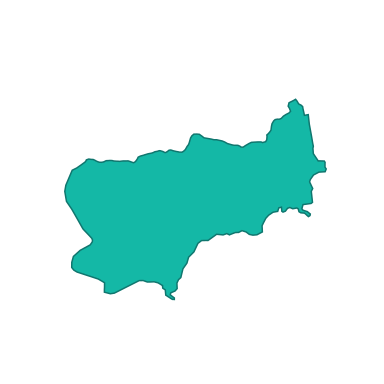 outline of Lattakia, Lattakia, Syria, rotated 225°
{"feature_id": "27442178B94813764709421", "entity_name": "Lattakia", "entity_type": "district", "adm_level": 2, "iso_a3": "SYR", "parent_name": "Syria", "parent_adm1": "Lattakia", "projection": "orthographic", "projection_center": [35.92, 35.7], "detail": "fine", "context": "isolated", "style": "filled", "palette": "teal", "viewbox_px": 384, "rotation_deg": 225, "n_neighbors": 0, "source": "geoboundaries", "source_scale": "gbopen_adm2", "svg_char_len": 4464}
<svg xmlns="http://www.w3.org/2000/svg" viewBox="0 0 384 384"><g transform="rotate(225 192 192)"><path d="M292.1,122.7L286.0,107.6L283.4,103.9L282.4,102.5L276.8,98.5L274.1,96.6L264.7,94.8L254.1,91.9L243.0,88.8L242.8,88.8L242.7,88.8L240.7,88.7L239.7,88.7L235.8,88.6L235.3,88.6L230.2,88.4L228.7,87.8L228.4,87.7L228.1,87.3L227.6,86.7L227.2,86.2L226.8,83.7L226.7,83.4L226.6,82.6L229.8,71.8L230.3,62.6L228.2,58.9L227.3,57.3L227.2,57.2L223.7,53.6L223.0,53.5L222.3,53.4L221.6,53.3L220.9,53.3L220.3,53.2L219.9,53.3L219.1,53.5L218.7,53.6L216.7,54.1L206.6,59.2L204.3,60.4L202.7,61.2L196.7,64.2L194.8,64.7L194.3,64.8L193.3,65.1L189.7,66.0L186.6,62.9L185.0,61.1L184.7,60.8L184.6,60.7L183.1,59.2L181.1,60.4L177.8,62.3L175.4,65.6L174.3,68.9L171.2,78.4L169.6,83.2L166.7,92.0L163.9,94.9L161.1,96.2L160.5,96.5L159.9,96.8L157.5,99.3L155.3,101.7L151.7,103.8L147.5,104.8L146.7,105.0L146.6,104.8L144.6,103.3L141.7,103.9L137.6,100.5L132.5,101.6L131.0,101.9L130.9,102.0L130.3,102.1L129.9,102.2L129.5,102.6L129.1,103.0L128.5,103.5L129.6,104.6L134.0,104.0L134.3,103.9L134.7,103.9L135.7,105.7L134.4,109.0L134.0,109.9L134.1,111.9L134.2,113.2L137.8,116.5L138.3,117.0L139.6,120.6L139.5,121.3L139.4,123.6L142.3,128.3L144.1,131.3L145.3,138.1L148.3,143.5L148.3,147.9L148.3,151.0L151.5,159.9L150.9,164.4L149.7,165.7L146.7,168.8L146.5,169.1L146.4,169.1L146.1,170.7L144.7,179.5L140.5,183.0L139.7,183.6L139.3,184.4L138.0,187.2L135.2,188.2L135.2,188.3L134.3,190.4L133.6,192.0L133.0,193.3L132.6,194.1L130.5,196.3L130.2,197.2L129.3,200.0L125.5,202.0L122.6,202.4L121.9,202.5L121.6,202.5L118.5,204.5L117.7,205.4L115.8,207.7L115.1,210.0L114.0,213.5L116.5,215.8L118.6,217.7L119.6,220.5L121.2,225.5L121.4,229.8L120.4,235.0L119.3,236.6L117.9,238.6L117.8,238.8L117.7,238.9L119.4,242.2L118.0,244.5L114.9,241.9L114.6,242.0L114.0,242.0L113.5,242.1L113.4,242.2L113.2,242.6L112.8,243.6L112.4,244.5L112.5,245.1L112.9,248.0L111.9,250.2L110.2,250.9L108.9,251.4L106.8,254.5L106.6,254.8L105.7,255.0L104.9,255.2L103.8,254.5L102.4,253.7L100.4,254.2L99.2,255.2L97.5,256.6L95.3,256.8L94.1,256.8L93.1,256.9L92.3,256.9L92.0,258.1L91.9,258.8L92.8,260.1L94.0,259.9L94.7,259.9L96.9,259.6L97.3,259.3L100.7,257.6L101.4,257.7L102.5,257.9L104.6,261.6L99.7,268.1L99.5,269.9L108.1,276.8L108.9,279.2L109.1,279.8L116.0,282.3L117.0,284.2L117.1,284.4L117.3,285.3L118.1,290.0L116.3,295.8L112.7,299.9L112.2,300.4L112.2,300.5L113.4,303.2L115.5,303.6L118.0,306.1L118.9,307.1L120.4,307.4L123.7,304.3L124.3,303.7L124.8,303.2L126.7,303.6L133.3,304.9L137.4,308.4L138.5,310.1L140.8,311.6L147.0,316.0L157.0,322.9L164.5,328.9L165.4,327.6L166.2,326.4L166.7,325.7L169.5,327.5L172.3,329.3L172.5,329.4L174.1,330.6L175.1,330.6L176.1,330.6L176.3,330.5L178.9,329.7L181.8,330.5L184.3,330.8L184.9,328.5L185.4,327.0L185.5,326.6L185.8,325.9L186.5,323.7L184.7,320.7L182.3,320.1L179.4,318.8L179.3,316.4L180.3,313.4L181.0,310.2L180.9,307.2L181.7,305.2L183.2,303.8L184.4,302.0L184.5,300.0L183.7,296.9L182.3,294.7L179.9,291.6L179.5,289.8L179.3,287.2L179.4,285.2L178.7,284.7L178.2,284.3L176.1,281.8L175.5,279.6L176.1,278.6L176.6,277.7L177.0,276.9L178.6,276.2L180.7,274.1L183.2,271.3L185.1,269.1L186.0,266.5L187.1,262.3L187.5,260.0L188.2,259.2L189.2,258.4L190.4,258.3L192.5,257.5L193.8,256.3L195.4,254.7L196.9,253.7L198.7,252.7L201.2,251.3L204.1,250.5L206.6,249.5L208.5,248.3L211.6,246.3L213.4,244.5L214.7,243.7L215.7,243.1L218.7,241.0L221.8,238.8L223.9,238.6L226.2,238.2L227.6,238.0L229.5,236.4L231.6,234.2L231.8,231.6L231.2,229.2L229.8,226.7L228.5,224.3L227.9,222.7L227.7,220.8L227.2,219.1L226.7,217.2L226.8,214.8L227.2,213.1L228.4,212.0L228.6,211.8L229.1,211.3L230.4,210.5L231.8,209.5L233.9,208.2L234.7,207.7L235.4,207.4L236.7,206.7L237.8,205.3L238.0,203.4L238.0,203.1L238.1,202.9L238.5,201.3L239.0,200.8L239.1,200.7L241.3,200.0L243.5,198.8L244.4,198.0L244.5,197.8L245.2,196.4L246.7,194.2L247.4,192.2L247.8,191.4L248.4,190.4L250.1,187.9L251.0,186.2L251.5,185.3L252.4,183.5L252.7,183.0L253.9,180.9L254.4,179.5L254.7,178.5L254.1,177.0L254.0,176.6L253.6,174.4L253.6,172.4L253.9,171.8L254.0,171.4L255.5,170.6L257.3,169.8L259.2,168.8L260.3,167.6L262.7,165.2L263.5,164.2L264.8,162.5L266.0,161.5L267.5,160.1L269.4,158.5L270.3,158.0L270.8,157.7L272.5,156.1L273.5,154.9L274.8,153.5L275.3,152.1L275.8,150.7L276.9,149.1L278.6,147.5L278.7,147.4L281.2,146.3L283.0,145.8L283.3,145.7L284.9,145.1L286.4,143.7L288.3,142.3L289.1,140.7L289.4,140.0L289.1,139.6L288.8,137.4L289.1,135.7L289.5,133.1L290.5,127.4L292.1,122.7Z" fill="#14b8a6" stroke="#0f766e" stroke-width="1.5"/></g></svg>